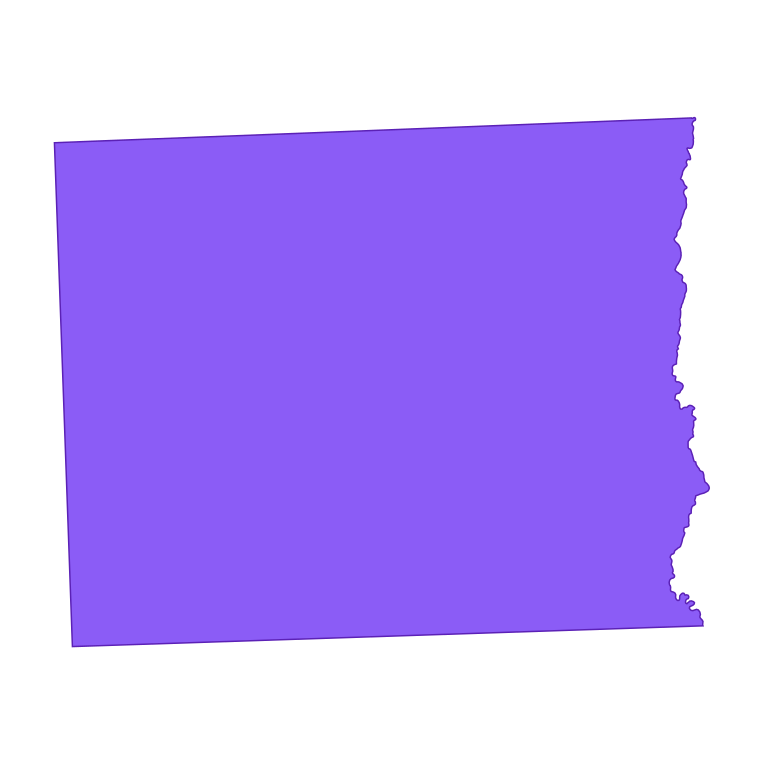 outline of Lihuel Calel, La Pampa, Argentina, rotated 267°
{"feature_id": "61730980B18005946349792", "entity_name": "Lihuel Calel", "entity_type": "district", "adm_level": 2, "iso_a3": "ARG", "parent_name": "Argentina", "parent_adm1": "La Pampa", "projection": "natural_earth1", "projection_center": [-65.125, -38.278], "detail": "fine", "context": "isolated", "style": "filled", "palette": "violet", "viewbox_px": 768, "rotation_deg": 267, "n_neighbors": 0, "source": "geoboundaries", "source_scale": "gbopen_adm2", "svg_char_len": 6169}
<svg xmlns="http://www.w3.org/2000/svg" viewBox="0 0 768 768"><g transform="rotate(267 384 384)"><path d="M638.0,366.7L642.2,67.5L138.1,59.1L125.8,689.9L126.8,689.6L130.2,690.1L131.6,689.4L133.5,687.8L134.5,687.3L135.5,687.3L137.2,687.9L139.7,687.5L141.9,686.1L142.6,684.3L141.9,681.8L141.5,680.6L141.9,678.8L142.9,677.8L144.2,677.2L145.6,677.7L146.9,680.9L148.0,682.2L149.3,682.6L150.4,681.8L151.3,679.7L151.2,678.0L150.2,676.8L149.3,675.5L148.8,675.1L148.9,674.4L149.2,674.0L150.2,673.7L151.1,673.8L152.3,674.1L153.1,674.9L153.7,675.9L153.8,676.6L154.7,677.1L155.9,677.2L157.1,676.6L157.6,675.2L157.5,674.2L157.5,673.5L158.4,673.1L159.2,672.6L159.5,671.7L159.4,670.9L158.9,670.2L158.1,669.2L156.9,668.3L155.5,668.1L153.8,668.0L152.6,667.3L152.4,666.2L153.2,665.0L154.6,664.2L156.0,664.0L157.1,664.2L158.4,664.3L159.9,663.7L160.7,662.7L161.1,662.0L161.4,661.1L161.8,659.9L162.5,659.5L163.4,659.3L166.1,659.6L167.7,659.3L168.2,658.8L169.3,658.5L171.1,658.4L173.3,659.1L174.7,660.7L175.1,662.7L175.9,663.8L176.8,664.1L177.8,664.0L178.8,663.2L179.6,662.3L180.8,662.2L181.8,662.9L183.7,662.9L186.6,662.1L187.9,661.5L188.8,661.4L190.2,661.8L191.6,662.2L193.0,662.2L195.1,661.1L195.9,660.7L197.3,661.1L198.8,662.2L199.1,663.5L199.5,664.3L200.0,664.8L201.1,665.2L202.0,665.5L202.7,666.1L203.3,667.0L204.0,668.1L204.6,668.7L204.9,669.2L205.6,670.7L206.5,671.6L209.4,672.8L211.8,673.6L213.7,674.0L215.3,674.7L216.8,675.6L219.2,676.5L219.8,676.5L220.5,675.9L221.4,675.6L222.5,675.7L224.3,676.1L224.8,676.4L225.0,676.9L225.1,677.8L225.4,678.8L225.6,679.7L226.2,680.7L227.0,681.1L228.0,681.1L229.3,680.9L230.7,681.2L233.2,681.3L235.1,681.2L236.9,681.5L238.3,682.4L238.5,683.2L239.0,684.0L241.8,684.2L243.5,684.5L245.2,685.1L246.2,686.1L246.5,686.8L247.0,687.8L247.8,688.7L248.6,688.8L249.8,688.8L250.1,688.7L251.0,688.2L251.8,688.2L254.4,689.2L255.9,689.4L256.3,690.2L256.7,691.8L257.4,693.6L258.0,696.2L258.3,697.8L259.2,699.9L260.3,702.0L261.8,703.0L263.1,703.4L264.9,703.1L266.0,702.5L267.1,701.7L267.7,701.3L269.1,699.7L269.8,699.2L271.1,699.1L273.6,698.6L276.3,698.6L277.8,698.3L278.6,698.1L279.0,698.0L279.4,697.8L279.8,697.4L280.0,696.9L280.2,696.2L280.5,695.8L280.9,695.3L281.3,694.8L281.7,694.6L282.0,694.6L282.8,694.3L283.4,693.9L285.3,692.5L286.1,692.2L287.0,691.6L289.8,691.2L290.0,690.8L290.0,690.6L290.6,689.7L291.8,689.3L296.3,688.4L300.8,687.2L302.1,686.8L303.0,686.2L303.5,685.0L304.7,684.4L309.8,684.6L311.0,684.9L311.3,685.2L311.9,685.7L312.2,686.1L312.6,686.4L313.2,686.9L313.7,687.4L314.6,688.8L314.9,689.8L315.4,690.3L316.7,690.3L317.6,689.7L318.3,689.8L319.9,690.1L320.8,690.0L321.8,689.7L323.0,690.0L324.4,690.7L325.6,691.0L326.5,691.2L329.8,691.2L330.6,691.2L331.3,691.7L332.0,693.1L332.4,693.5L333.2,693.6L334.1,693.0L334.5,692.6L335.6,691.2L336.7,690.0L337.9,689.9L338.7,690.3L339.4,690.4L340.8,690.4L341.6,690.9L341.9,691.0L342.3,692.0L342.7,692.5L343.1,692.8L343.5,692.9L343.9,692.8L344.6,692.2L345.7,690.9L346.1,690.3L346.4,689.6L346.6,688.7L346.6,687.8L346.2,686.8L345.3,686.0L344.8,685.1L345.0,683.4L344.8,682.3L344.1,681.0L343.4,680.4L343.3,680.1L343.4,679.1L343.7,678.6L344.1,678.4L345.6,678.0L347.6,678.2L348.7,678.1L349.9,677.8L350.9,677.3L351.6,676.9L352.1,676.5L352.6,675.7L352.5,674.9L353.0,674.0L354.1,673.7L357.4,674.4L358.8,675.4L359.6,678.6L360.6,679.4L361.5,679.7L362.2,680.3L363.1,681.2L363.9,681.8L365.7,682.5L366.8,682.6L368.7,681.6L370.5,678.8L370.8,677.8L370.8,676.4L371.2,675.8L372.1,675.2L373.7,675.2L375.1,675.7L375.9,675.8L376.5,675.5L376.9,674.3L377.2,673.1L378.2,672.4L379.5,672.3L381.7,673.0L382.8,673.0L384.4,672.8L385.8,672.8L387.0,673.4L387.7,674.3L388.3,675.5L388.5,676.6L388.8,677.1L391.2,677.2L394.4,677.7L397.5,678.6L399.9,678.4L400.7,678.1L401.5,678.1L402.6,678.4L403.2,679.1L403.7,679.8L405.7,679.1L406.6,679.2L407.9,680.3L409.4,680.9L411.5,681.3L413.9,682.3L415.0,682.4L416.5,681.9L417.9,681.0L419.3,680.2L420.1,680.2L422.6,681.6L425.6,682.2L426.7,683.0L428.0,683.1L429.0,682.9L430.3,682.7L431.4,682.8L432.8,682.4L435.0,683.4L437.6,683.8L440.0,684.0L441.7,684.0L443.2,683.8L444.0,684.0L444.9,684.8L447.7,685.4L448.7,686.1L449.9,686.7L451.9,687.3L455.8,689.0L457.8,689.1L458.4,689.4L459.2,689.7L459.7,690.1L460.5,690.5L461.3,690.8L462.2,690.9L463.7,691.0L464.7,690.9L466.4,690.9L467.2,690.8L467.9,690.5L468.7,689.9L469.1,689.4L469.9,687.9L470.4,687.6L471.5,687.2L472.4,687.0L473.5,687.4L474.0,687.6L474.7,687.8L475.4,687.8L476.7,687.4L477.6,686.6L478.0,685.7L478.7,684.5L479.4,684.0L480.3,682.8L480.9,681.9L481.7,681.3L482.1,681.0L483.0,680.6L484.5,681.4L486.5,682.3L487.9,683.4L489.3,684.4L492.5,686.2L494.8,687.0L497.3,687.5L497.9,687.3L499.3,687.5L500.3,687.4L500.9,687.2L501.7,687.2L503.7,687.0L504.8,686.8L505.7,686.4L507.6,685.5L508.0,685.1L508.7,684.6L510.2,683.0L511.6,682.0L513.0,681.3L514.1,681.6L515.1,682.4L516.0,683.5L517.3,684.2L519.4,684.3L520.9,685.0L522.7,686.2L524.0,687.5L527.0,688.7L527.9,688.9L528.8,689.1L530.9,688.9L532.2,689.2L534.2,690.2L536.3,691.1L537.2,691.4L538.4,692.0L542.0,693.3L543.7,694.7L544.6,695.1L546.0,695.3L546.5,695.3L547.0,695.5L548.3,695.4L549.0,695.3L550.9,695.3L551.6,695.4L553.3,695.5L554.0,695.3L555.2,694.6L555.6,694.5L558.3,693.3L559.4,693.2L561.0,693.5L561.9,694.0L563.0,695.0L563.5,696.3L564.3,696.7L565.1,696.5L566.2,695.3L567.2,694.6L568.4,694.0L569.5,693.8L570.8,693.3L572.1,692.5L572.8,691.3L573.4,690.9L577.7,692.8L579.7,693.2L581.2,693.8L581.7,694.2L583.0,695.0L583.4,695.1L584.8,696.6L586.2,697.9L586.7,698.1L588.1,697.9L589.0,697.4L590.1,697.6L591.1,697.9L591.9,698.5L592.2,699.0L592.4,699.9L592.0,700.8L592.0,701.4L592.2,701.7L593.1,701.9L595.9,701.6L597.4,701.0L598.1,700.9L598.8,700.3L600.2,700.0L601.8,699.2L602.8,699.0L603.5,699.0L603.8,699.4L603.8,700.1L603.3,701.3L603.4,702.6L603.7,703.6L604.5,704.2L607.2,705.3L609.4,705.6L610.7,705.7L611.6,705.5L612.2,705.6L612.9,706.0L615.2,705.8L618.4,705.2L622.5,706.4L624.5,706.5L625.4,706.1L626.3,705.4L627.6,705.3L628.6,705.6L629.6,706.2L630.1,706.7L630.6,707.3L630.8,708.1L631.1,708.6L631.7,708.9L633.0,708.9L633.4,708.6L633.7,708.3L633.8,707.9L633.8,707.5L633.6,707.0L633.3,706.4L633.2,706.0L633.2,705.5L633.3,705.1L633.6,705.0L638.0,366.7Z" fill="#8b5cf6" stroke="#5b21b6" stroke-width="1.5"/></g></svg>